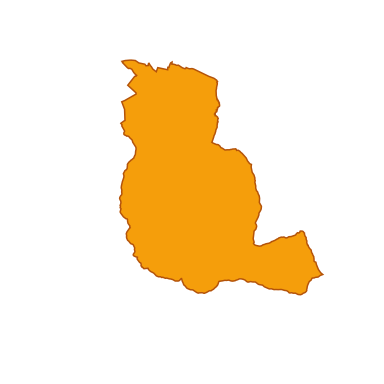 Ojdula, Covasna, Romania (orthographic projection), rotated 55°
{"feature_id": "2599482B36842816770363", "entity_name": "Ojdula", "entity_type": "district", "adm_level": 2, "iso_a3": "ROU", "parent_name": "Romania", "parent_adm1": "Covasna", "projection": "orthographic", "projection_center": [26.315, 45.972], "detail": "fine", "context": "isolated", "style": "filled", "palette": "amber", "viewbox_px": 384, "rotation_deg": 55, "n_neighbors": 0, "source": "geoboundaries", "source_scale": "gbopen_adm2", "svg_char_len": 6085}
<svg xmlns="http://www.w3.org/2000/svg" viewBox="0 0 384 384"><g transform="rotate(55 192 192)"><path d="M278.4,244.9L278.6,244.2L280.2,241.6L280.8,241.0L281.7,240.4L282.1,239.8L282.6,237.7L282.9,234.3L283.7,233.3L283.9,232.7L283.8,231.4L284.0,230.2L283.6,228.0L283.6,227.2L283.3,225.5L282.9,224.8L283.0,224.6L282.7,224.0L280.8,221.4L280.8,220.9L282.3,217.9L283.2,215.7L284.2,214.5L285.0,212.9L285.3,212.4L287.3,211.0L288.4,209.7L289.4,207.5L289.5,206.5L290.1,204.7L290.3,203.1L290.7,202.4L291.6,201.3L292.9,200.1L294.7,199.0L296.6,198.6L297.7,198.0L298.2,197.3L299.0,195.3L300.4,194.0L302.1,191.7L305.6,190.6L306.3,190.1L308.8,187.6L311.1,187.1L315.7,184.3L316.9,182.4L319.0,180.8L320.0,179.2L321.4,177.4L322.7,175.3L323.4,174.4L325.7,172.6L327.1,171.1L328.8,170.4L330.4,170.2L331.1,169.3L331.6,168.2L333.0,167.1L334.2,165.3L336.8,163.9L338.1,162.4L338.5,161.8L338.8,160.3L338.7,158.8L339.1,157.6L339.2,156.8L338.9,155.2L338.4,154.4L337.4,153.8L336.6,152.7L336.3,152.6L334.8,150.9L332.8,147.7L332.6,147.0L332.5,145.0L331.5,143.2L331.6,142.7L332.5,141.1L332.7,139.9L334.0,137.5L334.0,136.3L333.9,134.9L334.6,132.2L331.9,132.9L328.0,132.9L322.8,131.7L320.6,130.8L319.3,131.6L318.7,131.7L316.4,130.2L316.0,130.1L315.0,129.4L312.5,129.1L311.8,128.8L310.1,128.7L308.1,127.8L307.4,127.7L306.1,128.0L304.4,128.0L303.2,127.8L302.2,127.4L301.8,127.8L301.4,127.7L299.4,127.1L298.0,126.0L296.2,125.6L294.7,124.6L293.1,124.7L290.9,124.0L290.2,123.4L289.6,123.6L288.2,123.6L287.3,124.1L286.1,125.7L286.1,126.0L286.8,126.8L286.9,127.3L286.8,128.0L285.9,128.9L286.0,130.3L286.6,131.6L286.6,132.0L285.4,136.3L284.2,138.3L284.1,140.1L283.8,140.9L283.2,141.7L282.0,142.2L281.4,142.8L280.9,143.9L280.4,144.4L280.1,144.9L279.4,147.4L279.6,148.3L279.3,149.3L279.2,151.6L279.0,152.5L278.5,154.8L278.2,155.4L278.4,155.7L278.4,156.1L278.3,157.3L278.2,158.1L276.9,161.0L276.4,163.1L276.0,163.9L275.9,166.1L275.0,167.9L272.5,170.2L271.7,170.8L269.8,171.2L269.5,171.2L269.1,170.7L268.8,169.9L265.5,168.8L260.8,164.6L260.1,164.1L259.6,163.4L259.0,160.8L258.2,160.0L257.7,159.2L257.0,158.6L255.6,158.1L254.0,158.0L253.3,157.4L250.6,152.4L249.1,150.3L247.8,149.4L246.5,146.5L245.6,145.1L243.9,143.6L243.4,143.3L239.3,142.9L236.0,140.3L233.8,139.2L231.3,138.8L229.6,138.2L227.9,138.4L225.4,137.6L223.6,136.3L220.0,134.9L219.0,133.7L217.4,133.2L216.7,132.5L213.6,131.5L210.5,131.4L209.9,131.2L205.4,129.2L203.5,127.5L202.7,128.1L201.4,128.6L200.9,128.5L198.4,128.7L195.3,128.1L189.1,128.8L187.5,129.3L186.3,129.4L184.9,129.9L184.2,130.3L183.5,131.6L182.7,131.4L181.7,131.4L181.5,131.9L180.2,133.9L179.6,135.6L179.2,136.1L179.0,137.0L177.5,139.1L176.9,140.3L176.3,141.0L173.6,142.0L172.2,142.9L170.3,142.8L168.5,143.3L167.8,143.8L167.2,144.7L163.8,146.8L162.6,147.2L162.4,146.7L159.3,142.5L158.5,141.7L157.7,140.1L155.9,137.8L154.9,136.9L153.4,134.3L151.4,132.9L151.0,132.3L150.4,131.9L149.9,131.7L149.9,131.1L149.4,130.4L149.2,130.3L148.8,130.5L148.5,130.1L148.0,129.9L147.1,129.0L146.9,128.4L146.6,128.3L146.0,128.4L145.3,128.1L143.6,128.5L143.2,128.7L142.8,129.2L142.4,128.8L142.0,128.9L141.7,128.5L141.0,128.8L140.8,128.3L140.9,127.8L140.4,127.4L140.2,126.9L140.3,126.4L140.5,126.1L140.4,125.7L139.8,125.5L139.8,125.1L139.3,125.2L138.8,125.0L139.1,124.5L139.1,124.2L138.9,123.9L138.6,123.9L138.4,123.2L137.8,123.0L137.5,122.7L137.4,122.0L137.6,121.7L137.4,121.1L137.5,120.6L137.3,120.0L135.6,119.0L134.7,118.9L134.5,118.5L134.1,118.6L133.4,118.3L132.9,118.5L132.8,118.3L131.7,118.0L131.1,118.5L130.4,118.0L130.1,118.3L128.7,117.5L127.1,116.9L122.7,114.1L121.1,112.4L120.4,111.9L118.0,109.3L117.4,108.9L116.3,108.7L116.3,107.8L114.3,107.7L113.7,108.1L112.3,108.4L111.1,109.0L106.9,111.9L92.2,120.1L90.9,121.2L89.7,123.3L88.5,124.3L86.7,125.4L87.2,126.4L86.9,127.1L84.8,128.6L80.3,130.4L79.4,132.0L77.9,132.8L76.5,134.1L75.8,135.1L74.1,133.8L74.0,135.3L74.1,135.7L76.1,138.8L76.7,139.4L76.0,140.3L77.9,141.8L70.5,148.7L73.0,152.3L68.8,153.6L66.0,153.4L64.6,153.6L61.9,153.4L61.8,153.9L63.0,155.2L63.3,155.3L62.2,157.3L60.3,157.3L55.8,161.5L51.8,163.0L49.4,165.8L48.4,167.2L46.0,171.3L44.8,174.4L46.1,174.2L46.2,174.7L53.3,173.6L54.6,173.0L55.1,171.9L56.9,170.9L60.9,171.2L62.4,170.9L63.2,171.0L64.7,170.4L65.0,171.4L64.5,172.4L64.5,172.9L67.7,183.4L78.6,181.0L79.7,181.6L78.5,194.6L77.8,197.8L85.6,199.8L95.0,205.9L94.8,206.9L94.9,210.9L96.9,210.8L97.6,211.6L103.2,212.2L103.8,212.6L104.3,213.6L104.6,214.0L105.8,214.7L106.6,214.5L107.7,213.8L108.8,213.4L109.0,212.9L110.1,212.0L112.3,211.8L114.7,211.3L115.4,211.3L117.3,212.0L123.2,212.3L124.8,213.2L126.3,214.8L128.8,216.9L129.4,218.2L130.5,219.9L130.8,220.2L130.8,221.3L131.0,222.7L130.9,223.8L131.1,224.4L131.2,225.7L131.4,226.8L132.1,228.7L132.3,229.1L132.9,229.4L135.6,231.7L136.1,233.2L136.0,233.7L136.1,234.9L136.6,235.7L137.6,237.7L139.8,238.5L141.0,239.6L142.9,242.1L143.5,243.0L146.6,246.4L148.0,247.6L149.7,248.2L150.8,248.8L151.6,249.6L153.2,250.4L154.0,251.4L154.1,252.4L155.0,254.2L155.8,255.0L157.2,255.4L158.4,255.5L159.6,256.1L160.5,256.8L161.8,258.6L162.4,258.5L163.7,259.9L164.2,259.7L165.0,259.8L167.1,262.3L168.3,262.5L173.0,262.4L176.1,261.4L176.7,260.6L177.5,260.6L178.9,261.5L181.0,262.4L183.2,262.4L184.0,262.3L185.4,263.2L185.8,263.2L185.8,263.9L187.4,268.2L188.5,269.8L190.3,270.6L191.2,271.4L192.1,271.9L194.5,272.4L196.1,272.0L198.3,271.9L199.4,271.7L200.8,270.6L201.5,270.4L204.9,271.0L206.2,272.2L207.9,272.8L208.5,273.6L209.3,275.7L209.9,276.3L210.8,276.3L211.4,276.1L213.3,274.9L214.1,274.1L214.5,274.4L215.0,275.1L215.7,275.4L219.7,275.3L220.8,274.7L222.4,275.3L223.2,276.1L224.6,275.8L224.9,276.1L226.0,275.5L227.0,275.5L227.3,275.3L229.2,271.8L229.5,271.7L230.3,272.1L232.3,271.8L233.8,271.3L235.5,270.3L236.7,269.8L240.3,269.3L242.2,268.1L243.4,266.4L244.7,265.8L245.1,264.8L247.4,263.3L248.0,262.1L250.0,260.5L251.3,259.1L253.0,257.8L255.1,256.9L255.7,256.3L256.2,255.4L256.9,254.6L257.2,253.8L257.3,252.9L256.8,251.1L256.7,250.5L256.9,250.2L259.7,251.2L261.2,251.4L263.3,252.0L265.3,251.5L267.6,251.4L268.4,251.1L271.1,249.4L272.6,247.5L277.0,245.8L278.4,244.9Z" fill="#f59e0b" stroke="#b45309" stroke-width="1.5"/></g></svg>